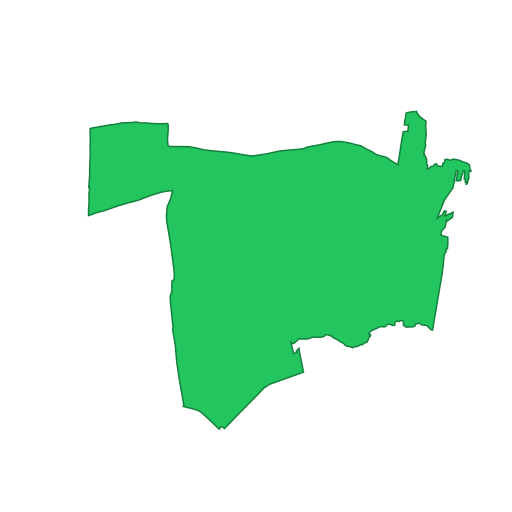 Tepu, Galati, Romania (Albers equal-area conic projection), rotated 103°
{"feature_id": "2599482B67862311598500", "entity_name": "Tepu", "entity_type": "district", "adm_level": 2, "iso_a3": "ROU", "parent_name": "Romania", "parent_adm1": "Galati", "projection": "albers", "projection_center": [27.372, 45.972], "detail": "fine", "context": "isolated", "style": "filled", "palette": "green", "viewbox_px": 512, "rotation_deg": 103, "n_neighbors": 0, "source": "geoboundaries", "source_scale": "gbopen_adm2", "svg_char_len": 5936}
<svg xmlns="http://www.w3.org/2000/svg" viewBox="0 0 512 512"><g transform="rotate(103 256 256)"><path d="M427.9,261.5L433.0,252.9L430.1,251.8L430.1,250.1L431.3,247.9L415.2,238.3L389.8,222.7L382.9,218.6L378.4,214.5L376.9,212.3L358.5,183.6L337.4,193.1L336.3,193.4L339.6,195.3L340.9,194.7L342.6,197.4L331.1,203.1L333.2,201.8L333.0,201.0L332.8,199.6L326.9,195.3L326.7,194.0L326.8,193.7L326.7,192.8L326.2,190.9L325.8,189.3L325.7,188.2L325.1,187.3L324.5,185.6L323.5,184.4L322.8,183.3L322.3,182.3L322.0,181.5L321.9,180.7L321.6,179.5L321.4,178.0L321.1,176.4L320.9,175.6L320.6,174.5L319.5,172.5L319.4,172.0L319.1,171.7L318.3,171.2L317.6,170.9L317.1,170.2L316.8,169.1L316.9,165.0L318.1,162.5L319.0,159.0L319.4,157.4L320.6,154.4L320.9,152.9L321.7,150.6L322.6,149.4L323.1,148.7L323.4,147.1L323.2,143.8L323.5,142.3L323.5,141.3L323.4,140.8L322.5,139.5L322.0,138.8L321.6,137.7L321.2,136.8L320.8,136.2L319.0,134.3L318.7,133.6L318.6,133.3L318.6,132.5L318.4,132.3L318.1,132.0L316.8,131.1L316.5,130.8L315.9,130.2L315.6,129.6L315.1,128.8L314.7,128.4L313.9,128.1L313.1,128.1L311.8,127.7L310.0,127.5L309.5,127.4L309.2,127.3L308.6,126.7L308.1,126.4L307.2,126.6L306.8,126.7L306.7,126.9L306.6,127.4L307.0,128.1L306.9,128.2L306.4,128.5L306.1,128.5L304.2,127.8L303.3,127.1L302.8,126.7L302.4,126.2L300.8,124.0L300.0,123.0L299.1,121.6L298.1,120.8L297.0,119.2L296.4,116.4L296.2,115.2L296.0,114.8L295.8,114.7L295.5,113.9L295.4,113.7L294.1,113.3L293.7,113.1L293.4,112.7L292.9,112.1L292.7,111.4L292.6,110.3L292.5,108.9L293.0,107.3L292.7,106.5L292.5,106.0L292.5,105.5L292.2,105.4L291.5,105.3L289.9,105.8L289.5,105.8L289.0,105.6L288.6,105.3L288.2,104.8L288.0,104.4L287.8,103.7L287.8,103.1L287.8,102.0L286.5,100.6L286.2,100.0L286.0,99.3L286.0,98.6L286.2,98.3L287.5,97.4L289.2,97.1L290.2,96.7L290.4,96.5L290.9,95.7L291.3,94.7L291.4,93.9L291.4,93.2L291.2,92.4L290.6,90.6L290.0,87.9L289.6,87.0L289.3,86.4L288.4,85.5L287.2,85.2L286.6,85.0L286.1,84.6L285.6,83.7L285.3,83.5L285.1,83.1L285.0,82.4L285.0,81.6L285.3,80.3L285.6,79.4L285.7,78.7L285.7,77.5L285.5,76.3L285.4,75.3L285.4,74.4L285.5,73.6L285.8,73.0L286.3,72.4L286.6,71.9L286.9,71.6L287.2,71.1L287.8,69.9L288.4,69.1L288.5,68.7L288.4,67.6L288.5,67.3L241.2,70.1L233.7,70.5L230.2,70.6L224.0,71.6L224.0,71.3L215.9,72.5L211.6,72.8L208.9,71.7L206.9,72.5L205.8,71.1L200.9,71.8L194.6,73.3L194.1,80.7L190.6,80.7L188.7,80.4L187.3,79.3L185.8,78.3L184.6,78.2L178.3,78.4L179.0,77.6L174.2,73.3L169.0,73.8L170.9,76.0L171.9,77.7L172.7,79.0L173.5,79.0L174.3,81.0L169.6,80.7L169.6,82.6L174.1,83.7L175.2,85.0L176.5,86.4L178.3,87.9L169.3,86.6L166.0,86.0L165.2,85.8L164.0,85.8L160.5,85.2L157.4,84.3L155.1,83.3L148.6,80.8L145.6,79.5L138.6,79.6L135.9,80.0L131.1,79.8L128.3,80.3L127.9,80.3L127.8,80.1L127.6,79.7L127.3,78.7L127.5,78.5L130.4,78.1L131.8,78.1L137.6,77.9L137.2,75.4L136.7,74.7L136.4,73.7L131.2,73.6L129.5,73.1L126.5,73.3L126.2,72.9L126.1,71.6L134.6,70.3L134.5,69.0L134.6,68.7L137.0,68.8L137.0,67.6L138.8,67.4L138.6,66.9L138.2,66.5L137.7,66.4L136.8,66.5L135.6,66.5L132.2,66.1L126.3,67.6L125.7,67.5L125.3,67.0L125.2,66.6L125.2,65.7L124.4,65.7L123.3,66.9L122.8,67.3L120.7,68.0L119.7,68.2L119.1,68.7L118.8,69.4L118.8,69.9L118.1,71.1L118.1,71.7L117.9,72.0L117.9,73.6L117.7,76.0L117.0,79.2L117.0,81.4L117.1,84.6L117.4,85.7L117.6,86.2L118.8,87.8L119.0,88.3L119.1,89.2L119.0,89.6L118.8,89.9L118.7,90.8L118.8,91.6L119.6,93.6L121.5,93.5L122.6,93.6L123.2,94.0L123.6,94.7L124.5,94.7L126.2,94.5L126.5,94.6L127.1,96.4L127.4,97.3L127.3,99.1L127.3,99.4L127.2,99.7L127.0,99.9L126.5,100.2L125.9,100.3L125.7,100.8L125.9,101.3L126.0,102.1L126.5,102.5L127.4,103.2L128.4,103.4L129.0,104.3L129.5,105.6L129.8,105.9L130.3,106.0L130.8,106.3L131.1,106.6L131.8,107.5L132.8,108.2L132.4,108.7L128.8,109.2L128.6,110.5L126.6,110.7L123.9,111.3L123.4,111.8L123.0,112.0L122.6,112.0L122.2,112.6L121.5,112.8L121.0,113.1L120.1,114.4L119.6,114.8L118.5,114.9L118.7,115.7L109.6,115.6L108.6,116.4L98.7,117.6L95.7,118.6L91.3,119.9L88.5,120.3L86.8,120.5L86.3,120.8L85.9,121.8L85.1,124.3L84.4,125.3L83.9,126.4L83.4,127.9L81.3,130.3L79.0,132.1L80.1,135.3L80.5,136.8L81.2,138.3L81.7,139.7L82.4,141.1L83.3,141.9L88.0,141.4L90.7,141.4L94.8,141.0L94.6,138.9L94.1,137.1L96.2,136.5L98.3,136.3L100.7,136.3L100.8,137.4L101.0,138.6L101.4,139.7L101.7,140.4L101.9,140.5L115.7,139.7L121.5,139.2L134.6,138.3L135.1,138.2L134.9,139.2L132.7,145.7L132.1,147.4L131.3,148.7L130.5,152.0L130.4,153.7L130.4,155.9L130.2,160.8L129.8,162.4L129.4,163.7L128.2,166.6L127.1,171.8L125.7,176.4L125.5,177.4L125.0,178.8L125.1,184.6L124.9,187.9L124.9,192.6L125.3,198.5L125.8,201.0L126.7,204.6L128.0,208.0L129.5,211.1L131.0,214.5L132.4,217.0L133.6,219.7L138.4,230.7L139.7,232.3L140.4,233.4L140.7,234.0L142.0,237.2L146.6,251.4L148.8,257.8L149.1,258.3L154.0,268.4L156.7,275.4L158.4,279.3L159.6,283.4L160.3,292.9L160.7,300.7L161.2,306.6L162.1,313.1L163.7,325.2L163.8,326.7L164.3,330.2L164.2,339.8L164.6,346.2L168.8,365.1L168.6,366.1L167.7,366.8L161.9,368.6L153.3,369.8L148.7,370.9L147.3,371.4L146.8,371.8L149.4,381.9L149.5,383.3L150.3,387.3L150.9,392.2L151.5,395.0L152.3,398.1L152.2,401.1L152.8,404.3L153.8,406.4L154.3,408.7L156.5,416.5L159.4,423.0L161.4,428.6L162.4,430.9L165.4,438.0L166.3,439.9L167.5,442.9L167.8,443.7L168.3,444.7L169.2,446.3L181.3,443.3L185.1,442.7L193.2,440.6L208.0,437.8L214.0,436.4L226.6,434.4L226.4,433.8L230.1,433.0L232.8,432.8L242.0,430.6L248.0,429.7L254.3,428.3L252.4,425.1L249.6,421.0L245.7,413.6L238.4,402.1L232.5,391.6L229.8,386.3L227.2,381.7L225.7,379.7L219.6,370.5L216.5,364.9L215.5,363.4L212.9,357.5L211.1,352.0L216.5,352.1L218.6,352.0L227.9,353.6L231.7,353.0L236.0,352.5L240.3,351.4L242.1,350.8L264.2,341.7L289.6,332.2L294.9,330.9L297.6,330.5L299.0,332.2L300.3,332.0L305.0,331.2L305.9,330.8L309.5,330.0L314.3,330.6L319.4,329.3L344.4,320.7L346.6,320.7L360.1,314.9L378.6,308.9L379.1,308.6L390.5,304.2L416.4,293.3L417.8,292.9L419.0,293.0L419.1,283.0L419.5,278.2L419.7,277.2L420.0,276.1L420.6,274.6L421.4,272.7L427.9,261.5Z" fill="#22c55e" stroke="#15803d" stroke-width="1.5"/></g></svg>